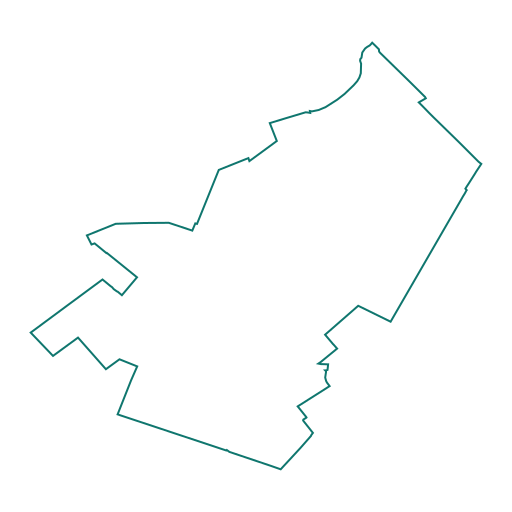 Movilita, Ialomita, Romania (Natural Earth projection)
{"feature_id": "2599482B73561302085915", "entity_name": "Movilita", "entity_type": "district", "adm_level": 2, "iso_a3": "ROU", "parent_name": "Romania", "parent_adm1": "Ialomita", "projection": "natural_earth1", "projection_center": [26.485, 44.626], "detail": "fine", "context": "isolated", "style": "outline", "palette": "teal", "viewbox_px": 512, "rotation_deg": 0, "n_neighbors": 0, "source": "geoboundaries", "source_scale": "gbopen_adm2", "svg_char_len": 1834}
<svg xmlns="http://www.w3.org/2000/svg" viewBox="0 0 512 512"><path d="M328.1,364.3L326.8,364.3L324.5,364.2L320.9,364.1L318.4,363.6L320.5,362.2L337.1,348.6L333.4,344.4L333.2,344.3L325.1,334.7L358.2,305.8L390.6,321.7L443.3,230.5L458.8,203.7L461.8,198.5L463.1,196.2L464.3,194.3L465.4,192.4L466.3,190.6L466.7,190.1L466.2,189.6L465.4,188.7L466.8,186.4L468.0,184.6L470.5,180.7L475.0,173.6L476.0,171.9L481.3,163.9L478.5,161.7L458.6,141.8L433.2,117.0L429.2,113.0L422.6,106.2L418.8,102.4L425.8,98.3L425.1,97.0L410.1,82.1L381.0,53.7L379.9,52.6L379.3,51.8L379.1,51.4L378.9,49.3L375.6,46.0L372.2,42.7L371.0,44.1L369.8,45.4L367.2,46.9L365.1,48.5L362.3,52.5L361.5,57.7L360.3,59.1L360.1,60.8L361.1,63.7L361.0,66.8L360.8,73.3L359.4,77.5L357.2,81.2L353.6,85.3L344.5,94.0L337.2,99.7L325.6,107.1L318.7,110.0L311.9,111.4L309.9,111.0L310.2,112.9L307.9,112.5L305.6,112.3L285.9,118.2L269.8,123.1L276.8,141.0L249.4,161.1L248.4,158.1L218.8,169.9L207.5,197.9L197.0,223.9L195.3,223.4L192.3,230.6L168.8,222.8L143.9,223.0L129.8,223.4L119.0,223.7L115.7,223.8L101.3,229.6L86.9,235.4L91.5,244.5L94.6,243.4L100.1,247.9L106.4,253.1L106.8,252.9L137.0,277.3L129.5,286.2L121.9,295.2L117.7,291.7L116.9,291.4L113.7,289.1L112.1,287.2L110.4,286.0L102.5,279.5L66.6,306.0L30.7,332.6L53.0,355.9L78.0,337.6L105.9,369.2L119.5,359.3L137.2,366.4L131.1,380.3L117.6,414.4L226.3,450.5L226.8,450.0L229.4,451.9L239.8,455.4L270.7,465.8L280.7,469.3L282.9,466.9L287.8,461.6L300.3,448.1L311.0,435.9L311.2,435.2L312.9,432.9L303.4,420.9L303.1,420.3L303.2,420.0L303.4,419.5L304.4,418.9L306.3,417.7L306.5,417.5L306.3,417.1L297.7,406.4L298.0,406.2L326.5,388.1L329.6,386.1L326.9,382.5L326.1,380.9L325.5,378.7L325.2,377.5L325.4,376.2L325.8,373.4L326.0,372.2L326.0,371.4L325.7,370.9L325.2,370.4L326.5,370.3L327.5,369.9L327.8,367.4L328.1,364.3Z" fill="none" stroke="#0f766e" stroke-width="2"/></svg>